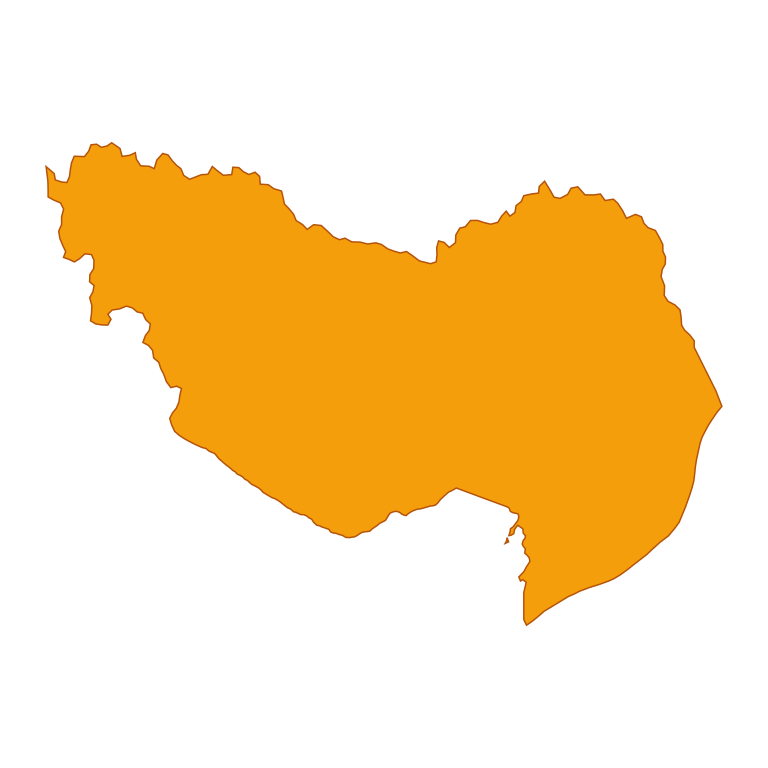 outline of Silves, Amazonas, Brazil
{"feature_id": "56859067B7747492242143", "entity_name": "Silves", "entity_type": "district", "adm_level": 2, "iso_a3": "BRA", "parent_name": "Brazil", "parent_adm1": "Amazonas", "projection": "natural_earth1", "projection_center": [-58.603, -2.851], "detail": "fine", "context": "isolated", "style": "filled", "palette": "amber", "viewbox_px": 768, "rotation_deg": 0, "n_neighbors": 0, "source": "geoboundaries", "source_scale": "gbopen_adm2", "svg_char_len": 4806}
<svg xmlns="http://www.w3.org/2000/svg" viewBox="0 0 768 768"><path d="M668.4,535.9L674.6,528.5L679.1,522.4L685.4,507.2L689.4,496.0L692.0,487.9L693.8,480.9L694.6,474.5L695.4,466.6L696.4,460.1L700.0,443.5L702.1,437.2L704.9,431.7L708.4,425.2L711.8,419.9L716.9,412.4L721.9,406.4L715.9,390.9L694.2,347.4L694.2,340.8L689.9,335.1L684.5,330.1L681.6,325.1L681.1,317.0L680.0,309.9L675.0,305.0L668.0,301.3L664.2,295.5L664.6,285.9L661.1,276.6L662.3,269.4L665.3,264.0L665.5,257.0L662.9,251.3L662.8,244.6L661.3,241.4L659.5,237.8L655.4,230.5L648.0,227.6L644.0,223.4L641.5,216.8L635.5,214.4L626.4,218.3L622.6,210.7L617.7,203.2L613.4,199.2L605.1,200.5L600.4,194.0L594.0,194.9L585.0,194.9L577.8,186.8L571.1,188.2L567.6,194.5L560.0,198.4L554.0,197.2L550.3,190.5L544.6,181.2L539.2,186.6L538.5,193.1L531.8,193.9L523.8,195.7L521.3,201.5L516.1,205.6L515.0,212.4L509.9,216.2L506.2,211.1L501.5,216.3L497.8,222.4L490.7,224.2L483.4,222.4L477.4,220.4L470.5,220.5L465.3,226.8L459.8,228.1L455.8,235.0L455.5,242.7L449.3,247.5L444.1,242.4L438.6,240.9L436.7,247.7L437.0,254.7L436.2,261.9L430.5,263.7L425.0,262.3L419.3,260.9L412.7,255.8L406.4,251.5L400.4,253.0L394.4,251.3L387.8,248.9L381.5,244.5L375.8,242.8L367.7,244.0L360.1,242.1L351.8,241.9L345.0,238.2L339.4,239.7L333.0,236.6L327.3,231.0L321.2,225.5L313.7,224.7L307.2,229.4L302.6,224.6L296.1,220.5L293.6,214.3L288.8,208.5L284.4,204.0L283.0,197.1L281.5,191.0L273.8,188.7L268.3,184.7L260.3,184.2L259.6,176.4L255.1,172.2L248.9,174.5L243.5,171.8L238.8,167.6L232.9,167.2L232.2,171.5L231.7,174.6L223.4,175.3L217.3,170.7L212.3,166.5L207.9,174.3L201.4,174.7L189.5,179.3L183.7,175.4L180.9,168.7L176.5,165.3L172.3,160.8L168.0,154.9L162.7,153.5L156.8,160.1L154.2,168.7L149.3,166.3L140.6,165.8L136.4,159.2L135.3,152.7L129.7,155.3L122.1,156.4L120.0,148.5L111.7,142.8L107.0,146.0L101.3,147.3L96.6,144.2L91.0,144.8L88.7,151.2L84.4,156.6L76.2,156.3L74.2,156.3L71.5,162.9L70.4,169.1L69.5,176.6L66.9,182.5L61.6,182.0L55.3,179.9L54.2,173.6L46.1,166.6L47.9,181.1L48.1,190.0L48.1,196.9L53.4,199.9L60.5,202.9L63.6,209.0L61.6,217.0L61.6,224.6L58.7,231.2L59.8,238.2L62.8,245.5L65.7,251.6L63.5,257.4L69.3,259.5L74.4,261.9L79.6,258.7L84.9,253.8L91.5,254.6L94.0,260.2L93.7,268.6L89.9,274.6L89.6,281.8L94.1,285.5L92.9,291.8L89.7,297.7L91.9,305.7L91.5,313.6L90.5,320.8L95.6,323.9L101.8,324.9L107.8,325.1L111.0,319.3L107.9,314.2L112.2,310.0L119.6,308.9L126.4,306.1L132.4,307.9L137.1,311.9L142.7,313.2L145.7,319.6L150.3,323.9L149.3,330.4L145.4,335.6L142.9,342.5L148.5,345.4L152.6,350.5L153.7,358.0L158.8,362.3L160.7,368.4L163.7,374.2L166.4,381.6L170.8,387.6L176.6,386.2L181.5,388.5L179.9,395.1L178.9,402.2L176.3,408.3L172.5,412.9L169.7,418.4L171.6,424.7L174.7,431.4L179.2,435.3L184.2,438.6L186.5,439.9L188.9,441.2L191.3,442.5L193.9,443.8L198.0,445.7L202.0,447.5L206.0,448.5L208.9,451.0L211.8,452.3L214.2,453.2L215.8,454.8L217.3,456.7L219.0,458.8L221.0,460.5L223.5,462.7L226.7,465.4L228.8,466.9L231.0,468.8L232.9,470.5L235.3,471.9L237.4,474.2L240.0,475.3L242.5,476.8L245.1,479.4L247.2,480.3L249.8,482.6L252.1,484.6L255.1,486.0L258.5,487.9L260.9,489.8L263.0,492.3L265.8,494.0L268.8,495.8L271.9,497.6L275.0,498.7L278.3,500.6L280.3,502.0L282.9,504.1L284.7,505.5L287.5,507.7L290.1,508.8L291.8,510.1L293.6,511.8L295.9,512.3L297.9,513.3L300.8,514.6L303.9,514.7L306.8,516.0L309.2,518.0L311.7,519.2L313.7,522.4L316.8,525.2L319.8,525.9L322.0,527.0L324.5,527.8L326.7,528.6L328.7,529.2L330.7,532.0L333.2,533.0L335.7,533.2L339.1,534.5L342.3,535.3L345.8,537.4L349.9,537.6L352.3,537.1L354.4,536.9L357.0,535.6L360.5,533.2L362.6,532.2L365.5,531.7L368.2,531.5L370.2,530.9L371.9,529.1L374.5,527.3L377.0,525.6L379.4,523.5L382.8,521.8L385.4,520.4L386.7,518.4L388.1,516.0L390.0,513.2L393.5,511.7L396.5,511.3L399.5,512.3L401.8,514.1L403.9,515.1L406.1,515.6L408.3,513.6L411.7,511.4L414.3,510.3L417.3,509.2L420.7,508.8L424.6,507.7L427.8,506.8L429.9,506.1L432.2,505.9L435.2,505.2L437.6,503.2L440.4,499.6L443.4,496.7L446.4,494.0L448.9,491.9L451.3,490.9L453.8,489.5L456.3,488.0L477.5,495.9L507.3,506.9L509.2,508.3L510.4,511.4L513.1,512.8L516.3,513.3L518.3,514.2L518.8,517.2L517.8,520.7L515.7,523.3L513.2,526.8L510.5,528.7L510.0,532.0L508.9,535.6L511.2,535.2L513.8,533.6L514.5,529.7L516.4,526.9L517.8,525.3L520.1,526.9L522.8,528.8L523.3,533.4L525.5,535.7L525.0,538.4L523.3,540.3L522.2,544.0L523.3,546.3L525.3,548.8L524.8,553.2L527.2,555.3L529.2,557.8L529.9,561.3L528.3,564.0L526.2,567.2L524.1,571.3L520.8,574.9L518.8,577.0L520.5,581.0L522.6,579.7L526.2,582.1L525.4,585.8L524.7,588.7L523.8,592.4L523.8,619.5L526.5,625.2L531.5,621.8L537.4,617.1L544.2,611.2L568.4,596.5L574.2,594.0L579.4,591.3L589.4,587.5L599.1,584.5L608.5,581.1L614.0,578.6L619.9,575.1L627.9,569.3L632.5,565.6L646.9,554.4L651.9,549.6L660.1,542.2L668.4,535.9ZM507.0,537.6L506.7,540.4L505.2,543.4L508.6,541.8L507.0,537.6Z" fill="#f59e0b" stroke="#b45309" stroke-width="1.5"/></svg>